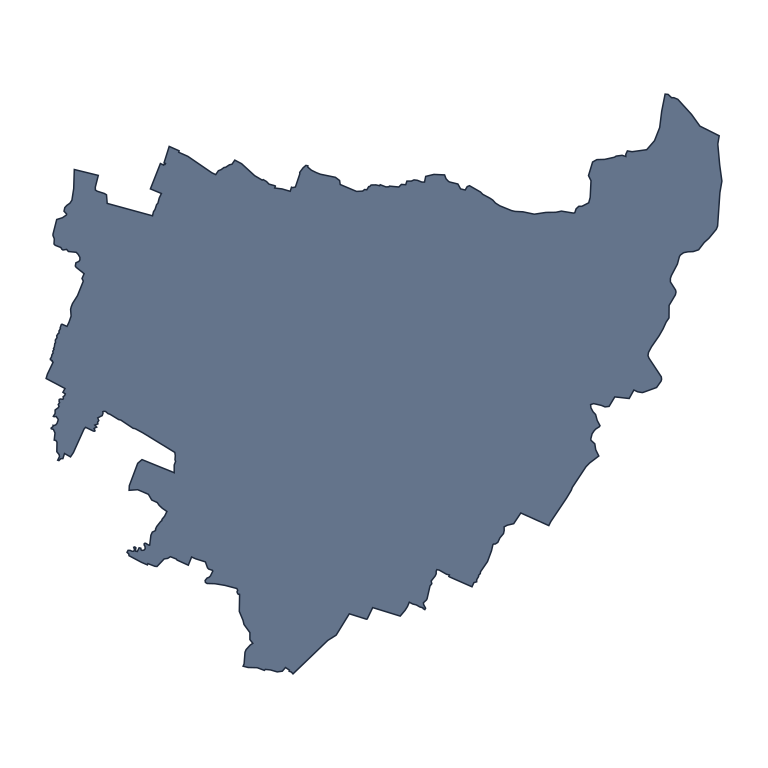 Kota Pasuruan, Jawa Timur, Indonesia
{"feature_id": "22746128B86769429493629", "entity_name": "Kota Pasuruan", "entity_type": "district", "adm_level": 2, "iso_a3": "IDN", "parent_name": "Indonesia", "parent_adm1": "Jawa Timur", "projection": "albers", "projection_center": [112.897, -7.652], "detail": "fine", "context": "isolated", "style": "filled", "palette": "slate", "viewbox_px": 768, "rotation_deg": 0, "n_neighbors": 0, "source": "geoboundaries", "source_scale": "gbopen_adm2", "svg_char_len": 6003}
<svg xmlns="http://www.w3.org/2000/svg" viewBox="0 0 768 768"><path d="M719.2,135.8L699.9,126.1L691.6,114.5L677.8,99.3L673.9,97.7L671.6,97.7L668.1,94.4L665.1,94.1L661.7,111.2L659.7,127.5L654.5,140.7L646.7,149.7L632.1,151.7L627.4,150.9L625.8,154.3L625.8,156.5L622.1,155.3L616.1,156.1L614.5,157.2L604.6,159.4L596.9,159.6L592.6,162.0L588.5,175.6L591.0,180.7L590.2,197.4L588.7,202.8L581.9,206.3L578.8,206.3L576.1,208.8L574.8,212.7L573.5,213.1L561.4,211.1L555.8,212.3L546.0,212.4L534.3,214.2L522.9,211.8L515.0,211.4L511.6,210.6L499.8,205.8L495.4,203.0L492.8,200.1L490.3,198.4L482.7,194.3L480.5,192.0L469.5,185.7L467.2,186.6L465.2,190.0L460.6,188.9L457.9,184.0L449.3,181.9L448.0,180.9L446.0,178.7L444.6,174.9L433.9,174.4L425.7,176.4L424.5,182.1L421.9,182.1L417.4,180.3L414.0,179.9L411.3,181.1L406.9,181.1L405.7,184.7L401.4,184.4L398.8,187.0L389.4,186.1L388.9,186.8L385.9,186.9L380.2,184.7L379.6,185.7L375.9,184.9L371.1,185.0L369.6,186.6L368.7,186.6L366.8,189.8L364.6,189.5L362.6,191.1L356.5,191.4L340.2,184.5L339.6,180.5L335.4,177.3L320.3,174.2L316.3,172.6L311.4,170.2L307.8,167.1L307.9,165.8L305.9,165.4L303.1,167.8L299.7,172.4L299.8,173.9L295.4,187.0L292.7,187.6L291.5,187.2L290.2,191.3L282.0,188.9L274.7,188.0L275.4,186.1L275.1,185.8L269.0,184.1L266.5,181.5L263.2,179.6L262.2,180.1L254.7,175.7L241.6,163.7L234.8,160.1L232.0,164.2L229.4,164.8L225.6,167.3L224.0,167.5L221.0,169.7L218.4,170.7L215.7,174.6L211.9,172.8L187.8,156.3L178.7,152.3L179.1,150.8L169.2,146.4L164.1,162.6L165.5,163.5L165.1,164.3L164.2,163.9L163.7,165.1L160.4,163.5L150.4,188.9L161.4,193.5L159.2,198.1L157.9,203.2L156.6,204.6L155.0,209.5L153.5,211.7L152.5,215.8L107.2,203.4L106.5,194.8L104.4,193.5L97.2,191.2L95.4,190.0L95.3,187.2L98.3,175.4L74.3,169.5L73.7,188.6L71.9,200.2L69.9,203.2L66.8,205.4L64.8,207.6L64.0,211.2L66.6,214.0L66.4,215.0L62.5,217.7L56.7,219.5L53.0,234.1L53.0,235.6L54.3,238.8L54.0,244.0L55.2,245.3L60.8,247.5L61.8,249.2L63.0,250.0L66.6,249.4L68.4,251.5L76.2,252.3L78.2,254.4L79.9,257.4L79.9,259.9L78.9,261.4L75.9,262.8L75.3,266.0L76.2,267.4L84.1,273.7L82.0,278.5L83.3,281.1L77.5,295.6L72.5,303.5L71.2,306.9L70.6,309.3L71.1,316.1L69.0,322.2L67.0,326.4L62.0,324.2L61.3,324.5L60.1,328.0L60.4,328.7L59.0,330.9L59.0,333.0L58.1,333.6L56.7,335.8L57.0,337.6L55.3,340.1L55.5,342.8L54.8,343.4L54.3,347.1L53.5,348.5L54.0,349.3L52.8,351.2L53.1,353.1L52.0,354.5L51.4,357.2L50.3,358.8L50.4,359.7L52.2,360.6L52.1,361.4L53.1,362.2L47.4,374.1L46.1,378.5L65.0,388.5L62.9,392.3L65.3,393.9L64.6,395.6L63.1,396.7L63.4,398.3L62.9,399.3L60.3,399.0L59.2,399.5L59.1,401.5L59.6,402.7L58.2,404.5L59.0,406.4L58.2,407.7L55.1,410.0L55.1,413.5L53.3,416.3L54.0,416.7L56.2,416.5L58.2,419.4L58.0,420.5L57.0,423.4L55.7,424.9L53.7,425.6L53.1,425.3L52.9,426.6L51.1,428.1L51.3,428.8L53.4,429.4L55.0,433.0L54.2,440.1L55.8,440.4L57.0,442.2L56.8,451.7L59.1,454.6L59.5,456.5L57.7,460.2L58.9,460.6L60.8,458.7L62.9,458.6L64.5,453.5L70.5,456.9L73.4,452.6L84.0,429.1L85.6,427.3L93.4,431.1L94.7,431.2L95.0,430.8L94.1,428.4L96.7,427.1L94.8,425.1L97.9,423.9L97.6,422.1L98.8,420.6L97.7,417.9L102.2,415.6L103.0,413.3L102.8,411.7L103.9,411.3L105.6,411.5L108.1,413.7L109.9,414.2L118.7,419.6L120.7,420.0L133.1,428.3L135.2,428.7L142.8,432.8L174.8,452.4L175.3,455.6L175.0,459.8L175.6,461.4L174.2,465.0L174.2,472.7L142.0,459.6L137.7,463.3L129.3,485.7L129.1,490.3L137.7,489.7L148.4,494.3L151.7,500.0L157.3,502.6L159.2,505.4L162.2,508.2L166.9,511.5L164.6,516.2L162.0,519.3L161.8,520.7L160.7,521.4L156.7,526.5L155.5,529.1L155.7,529.9L154.9,530.9L152.3,532.1L150.9,535.2L149.7,545.1L149.1,545.3L145.7,543.3L144.7,543.3L144.1,543.9L144.3,545.4L145.0,546.3L145.2,548.7L143.9,550.2L141.8,550.4L141.1,549.9L140.8,548.2L139.1,547.8L137.3,551.5L135.7,551.2L135.6,548.6L136.0,548.0L134.8,546.9L133.7,547.3L134.5,549.7L133.8,551.2L132.0,551.3L130.3,550.4L128.1,550.3L127.0,552.3L128.8,554.0L129.0,555.7L141.4,562.3L147.4,564.9L147.9,563.6L154.9,566.3L157.0,566.5L164.2,558.9L167.7,558.4L170.4,556.7L176.2,559.0L177.1,560.1L188.3,565.2L191.6,557.0L195.6,558.8L205.4,561.9L207.5,567.8L208.7,569.1L212.4,570.3L212.8,571.1L210.4,576.0L209.0,577.3L207.0,578.1L205.1,580.5L205.4,582.4L207.1,583.5L214.9,583.7L225.0,585.4L236.8,588.5L237.7,590.2L237.0,591.9L237.6,593.4L238.3,594.3L239.5,594.3L239.6,594.9L239.3,611.4L243.0,620.3L244.0,624.5L249.9,632.6L249.9,639.6L252.8,643.3L250.2,645.1L246.1,649.6L245.0,652.2L244.1,663.8L243.1,666.2L248.1,667.5L257.2,667.7L264.4,670.4L265.3,669.4L270.4,669.9L277.2,671.9L282.3,671.2L285.5,667.5L289.4,670.1L289.1,671.2L291.4,672.1L293.0,673.9L327.8,640.4L336.2,635.1L349.3,613.8L366.4,619.2L367.2,619.0L372.7,607.6L400.2,616.1L405.1,610.3L407.5,606.5L409.3,602.2L412.7,604.0L416.3,604.9L419.7,606.9L423.0,607.9L423.1,608.6L424.8,609.6L425.6,608.2L423.7,604.7L423.4,602.8L426.5,599.9L427.1,598.7L430.0,586.0L431.8,583.7L431.2,581.0L435.1,576.1L436.2,573.8L436.2,571.1L436.9,569.6L439.2,570.1L446.6,574.3L449.4,574.9L448.8,576.4L449.7,577.0L472.0,586.8L473.9,582.6L476.7,581.8L476.7,579.7L478.6,576.5L478.6,575.3L480.3,573.6L480.5,571.8L487.5,561.6L491.5,550.8L492.9,544.7L493.4,544.1L495.3,544.0L497.8,542.4L499.9,537.9L503.5,533.6L504.2,530.4L504.1,526.9L507.3,525.2L513.7,523.7L520.8,513.0L548.8,525.6L550.8,521.6L566.5,498.2L571.3,490.2L572.3,487.4L586.0,466.7L589.6,463.0L598.8,456.0L595.7,449.7L594.8,443.8L591.0,440.3L590.8,438.9L592.1,433.8L594.2,430.7L595.8,429.0L599.3,426.8L600.0,425.7L597.2,420.4L595.6,414.5L593.0,411.7L590.9,407.7L590.6,404.6L593.6,403.6L601.4,405.4L605.0,406.9L609.1,406.4L614.8,396.9L629.2,398.5L633.9,390.0L637.6,391.8L642.3,392.6L643.4,392.3L656.6,387.5L661.1,381.1L661.6,379.3L661.3,376.8L649.0,358.2L648.0,355.6L648.5,352.4L651.5,346.8L659.1,335.8L663.1,328.8L666.1,322.2L669.0,317.9L669.1,305.4L675.4,294.8L676.0,292.1L675.6,290.1L670.4,281.9L670.4,278.4L671.4,275.5L677.4,264.1L679.4,256.6L680.4,255.0L683.6,252.7L688.0,251.8L693.2,251.6L698.6,249.8L704.3,242.4L708.8,238.4L716.3,229.3L717.6,226.1L719.9,192.7L721.9,181.1L719.7,165.0L717.8,144.0L719.2,135.8Z" fill="#64748b" stroke="#1e293b" stroke-width="1.5"/></svg>